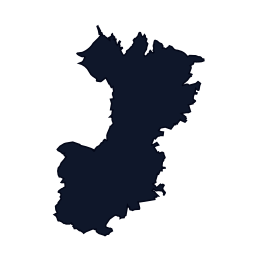 outline of Miercurea Nirajului, Mures, Romania, rotated 264°
{"feature_id": "2599482B57064602938407", "entity_name": "Miercurea Nirajului", "entity_type": "district", "adm_level": 2, "iso_a3": "ROU", "parent_name": "Romania", "parent_adm1": "Mures", "projection": "mercator", "projection_center": [24.768, 46.543], "detail": "fine", "context": "isolated", "style": "filled", "palette": "ink", "viewbox_px": 256, "rotation_deg": 264, "n_neighbors": 0, "source": "geoboundaries", "source_scale": "gbopen_adm2", "svg_char_len": 5891}
<svg xmlns="http://www.w3.org/2000/svg" viewBox="0 0 256 256"><g transform="rotate(264 128 128)"><path d="M219.0,154.1L218.0,153.5L217.1,152.0L218.6,150.7L219.0,150.9L221.5,150.3L221.7,149.6L221.4,149.0L218.2,147.4L215.7,144.3L216.1,143.9L214.7,142.5L212.9,143.1L211.3,142.5L210.0,141.2L209.1,141.0L208.5,140.4L208.4,139.7L206.0,137.2L204.8,134.9L204.3,134.6L203.1,134.6L200.7,132.1L200.7,131.1L201.9,130.3L206.3,128.5L206.5,129.1L207.0,129.4L208.0,130.8L208.6,130.7L208.8,130.4L208.3,128.8L209.9,128.2L210.8,128.5L212.6,128.1L214.7,129.4L215.3,128.7L213.8,127.4L212.6,127.0L211.5,126.0L213.3,125.0L214.1,124.9L214.6,125.2L216.3,124.3L216.9,125.3L217.7,125.2L217.6,123.1L218.9,124.1L219.8,124.1L221.1,123.0L221.4,122.4L223.2,122.3L222.8,121.6L221.8,121.8L221.6,121.4L221.1,121.6L219.8,118.4L218.1,119.2L217.1,119.0L217.6,118.4L218.8,117.7L219.0,116.9L220.0,116.3L220.8,115.1L222.2,114.1L222.5,113.5L222.4,112.6L225.5,111.8L225.7,110.8L226.2,110.2L227.2,110.8L231.5,109.1L231.9,108.6L232.6,108.6L232.3,107.9L228.1,108.9L224.2,109.2L224.0,110.2L222.9,111.0L222.3,109.9L220.5,108.2L215.9,102.4L213.6,100.5L211.6,98.2L210.3,96.2L209.2,94.2L208.1,91.4L207.8,90.2L207.7,85.5L207.4,85.1L206.7,85.5L205.6,86.8L204.0,89.4L203.8,90.1L203.9,91.0L203.3,92.5L203.0,92.6L199.6,90.7L198.3,89.3L197.4,86.0L196.2,88.7L194.0,91.6L191.2,93.9L185.2,96.8L183.3,98.5L180.7,101.6L179.7,102.1L178.3,101.7L178.0,101.9L177.1,105.5L177.2,106.1L180.1,110.7L180.1,111.1L179.8,111.5L174.0,113.7L174.2,114.2L170.1,115.7L170.8,117.3L165.8,117.7L164.5,116.4L163.0,116.2L162.4,116.2L161.9,116.6L158.5,116.8L158.4,113.6L154.2,114.4L148.0,112.6L147.5,114.9L145.4,114.0L143.0,113.5L140.9,111.0L140.7,113.1L140.1,113.0L139.7,113.4L138.0,113.1L136.9,113.2L134.0,114.0L131.4,111.1L131.4,110.5L130.4,110.2L124.8,107.1L122.9,106.3L117.9,106.0L117.7,105.7L118.3,104.3L118.7,104.2L119.0,103.8L118.9,103.4L118.2,103.0L118.2,102.5L117.7,102.4L117.5,102.0L116.0,101.3L116.1,100.6L115.9,99.9L113.6,98.0L112.7,96.1L112.5,95.3L110.7,93.3L108.8,92.3L108.5,91.8L109.4,90.9L110.0,91.3L111.4,89.0L113.5,84.4L115.7,78.5L116.5,78.4L119.7,71.6L119.3,64.8L119.0,63.0L116.9,58.5L114.1,55.4L112.9,56.1L111.3,58.6L109.4,60.3L109.5,62.1L108.5,61.5L107.2,62.0L105.9,63.5L103.2,61.2L100.1,57.9L97.4,56.5L95.5,54.5L92.6,53.7L88.8,53.8L86.6,54.6L86.8,55.1L85.8,57.0L84.3,58.8L80.9,55.8L80.6,56.5L80.5,57.6L80.6,59.5L76.0,59.5L75.1,57.4L74.4,56.4L74.5,55.9L74.0,54.9L72.8,52.8L72.0,52.1L71.4,52.1L70.9,53.6L69.4,54.5L67.8,54.4L66.6,53.4L64.5,54.2L61.2,50.9L60.6,51.3L57.8,47.8L54.1,47.8L51.0,49.0L49.6,45.5L47.9,47.4L46.0,48.2L44.0,48.5L43.0,49.0L43.1,49.7L42.0,52.0L39.9,54.3L39.6,56.2L39.1,56.3L38.7,59.8L39.4,61.8L38.3,62.0L38.1,62.9L36.9,63.6L36.6,63.6L36.0,63.0L34.9,63.8L33.6,64.1L33.5,66.6L31.1,68.9L31.0,69.2L31.3,69.2L31.3,69.5L28.9,72.4L28.0,72.9L29.3,75.2L31.5,82.8L30.6,84.3L30.7,85.6L28.2,85.9L26.2,88.1L24.2,92.7L23.4,93.9L23.8,94.8L24.5,95.5L24.5,97.6L26.1,98.9L27.3,101.7L29.3,101.2L30.1,99.9L29.9,99.5L31.4,96.1L32.4,95.5L33.9,95.7L34.6,96.1L39.4,100.1L42.3,105.1L42.8,107.0L41.7,108.5L41.4,109.9L41.1,110.4L40.1,111.0L38.9,110.8L39.4,112.0L39.3,114.7L40.9,115.4L41.3,116.7L51.3,119.5L49.3,120.4L49.2,121.2L47.5,121.2L46.5,121.6L46.2,122.9L45.6,123.9L46.3,126.1L46.1,130.7L46.4,131.0L47.7,131.1L53.3,130.3L53.6,137.7L54.2,147.2L56.4,147.1L56.4,149.1L56.9,149.1L57.3,149.7L57.2,151.1L60.4,148.4L62.0,147.6L62.4,147.1L62.5,146.3L63.2,145.5L64.8,147.0L62.7,149.4L62.7,152.0L61.8,155.6L59.8,156.6L58.9,156.8L57.9,156.4L57.6,156.7L58.5,157.5L59.6,158.2L60.2,158.2L61.1,157.3L62.5,156.8L63.2,155.8L65.5,156.6L67.3,157.9L67.7,157.6L68.3,156.7L67.7,155.7L68.7,154.4L65.7,150.5L66.6,149.4L67.6,149.0L69.8,146.9L71.1,150.0L72.7,149.8L79.4,152.5L78.7,153.0L78.9,153.6L82.1,155.3L82.2,155.8L81.9,157.4L84.3,157.6L84.3,160.7L84.8,160.6L85.3,158.1L86.6,157.7L90.6,158.6L92.0,160.0L92.9,159.8L94.0,161.2L94.9,161.7L97.5,160.9L99.5,160.7L100.1,160.0L100.3,159.1L99.6,156.5L101.0,155.8L100.5,154.5L100.7,154.2L102.6,153.7L106.3,151.8L107.3,153.7L107.9,156.7L110.5,155.1L108.8,151.4L108.7,149.8L110.8,150.3L113.0,151.6L113.4,151.2L115.0,152.9L114.3,154.1L115.8,155.5L116.8,156.9L116.8,158.2L117.2,159.2L116.9,162.0L120.3,162.8L120.9,160.0L122.3,158.2L124.7,160.3L125.1,165.2L122.5,170.6L126.6,174.3L127.4,174.4L127.4,174.7L126.4,175.2L126.4,175.8L127.7,176.5L127.0,177.5L127.9,177.9L130.9,180.9L130.2,181.4L127.9,185.3L129.3,186.9L130.4,185.9L131.6,186.9L132.5,186.1L133.0,186.5L136.9,182.5L137.3,187.4L137.1,189.8L137.8,191.8L144.7,190.5L145.4,195.2L146.6,195.4L146.6,196.4L147.7,197.8L148.0,197.8L149.1,196.4L150.0,195.8L152.2,196.1L154.9,197.2L155.1,197.5L154.8,198.5L155.3,198.9L154.7,199.8L155.6,200.3L156.4,198.4L160.3,199.5L158.3,201.5L158.2,202.1L158.5,202.5L162.6,203.6L164.7,204.7L166.8,202.5L165.1,200.1L164.0,193.1L165.2,192.1L165.4,190.6L164.6,187.1L164.6,186.7L164.9,186.6L166.4,187.6L169.5,192.1L172.3,194.6L172.9,196.3L174.1,196.1L174.4,196.4L174.5,197.1L174.8,197.0L175.7,194.4L181.1,197.0L182.2,197.0L183.4,196.3L184.1,197.4L184.0,197.9L184.9,198.8L184.7,199.4L186.9,200.6L187.1,201.7L186.7,202.3L186.5,205.0L186.4,207.8L186.6,209.0L187.0,210.5L188.6,210.5L189.0,208.9L190.4,208.1L191.2,207.0L191.4,205.5L192.7,202.9L193.6,196.9L192.6,194.8L195.5,192.7L196.9,191.3L198.3,189.3L199.9,185.7L200.4,183.6L201.3,182.1L204.2,180.1L205.4,177.7L204.6,177.2L203.9,175.9L203.3,175.3L203.2,174.6L202.7,174.3L202.8,173.3L203.7,172.4L203.9,171.4L203.7,170.6L205.9,171.2L208.2,170.2L209.2,168.1L211.4,166.0L212.3,164.1L211.9,163.5L210.3,162.9L209.2,162.6L208.3,162.8L208.3,162.4L207.9,162.0L206.6,161.8L204.7,162.1L202.3,161.2L201.1,161.9L200.4,161.6L200.1,160.7L200.9,159.2L201.8,159.0L202.7,158.2L201.7,157.4L200.4,157.5L199.8,155.7L198.3,154.5L197.4,152.3L199.3,151.4L201.2,152.0L204.3,154.5L206.5,155.0L209.7,156.4L212.3,154.8L213.7,155.7L214.6,156.0L216.1,154.6L217.8,154.8L219.0,154.1Z" fill="#0f172a" stroke="#020617" stroke-width="1.5"/></g></svg>